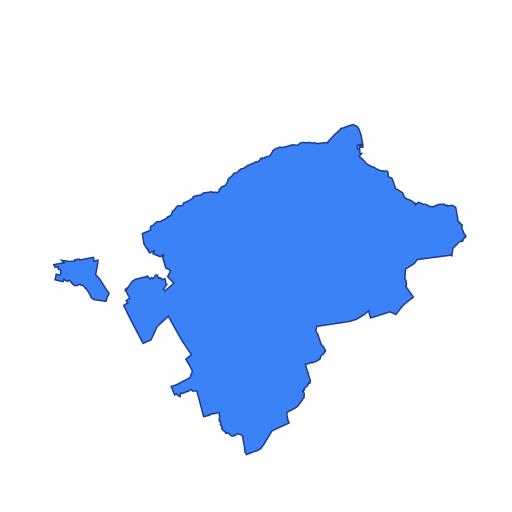 Otumba, México, Mexico (Mercator projection), rotated 307°
{"feature_id": "50627088B37171022679347", "entity_name": "Otumba", "entity_type": "district", "adm_level": 2, "iso_a3": "MEX", "parent_name": "Mexico", "parent_adm1": "México", "projection": "mercator", "projection_center": [-98.764, 19.669], "detail": "fine", "context": "isolated", "style": "filled", "palette": "blue", "viewbox_px": 512, "rotation_deg": 307, "n_neighbors": 0, "source": "geoboundaries", "source_scale": "gbopen_adm2", "svg_char_len": 6147}
<svg xmlns="http://www.w3.org/2000/svg" viewBox="0 0 512 512"><g transform="rotate(307 256 256)"><path d="M409.0,274.5L415.9,267.0L419.4,261.7L420.3,258.6L419.3,254.3L414.1,250.6L410.5,248.5L409.6,247.4L408.6,246.9L408.0,247.3L399.7,245.6L390.7,244.7L389.3,245.2L388.3,243.2L384.7,239.4L383.4,238.3L381.4,234.3L379.7,232.6L379.2,230.8L377.0,228.4L374.6,224.8L372.7,223.4L369.7,222.6L368.7,221.7L367.5,219.3L366.5,218.0L360.2,213.3L358.5,211.6L357.1,209.2L355.5,208.6L355.0,207.9L353.6,207.4L353.0,206.8L351.6,206.4L350.9,206.5L350.0,206.1L349.4,206.5L347.5,206.4L346.3,206.8L343.4,206.5L342.3,205.3L341.0,204.6L340.4,203.8L339.1,203.9L338.2,202.2L337.5,202.2L337.5,201.6L336.9,201.1L336.1,201.4L332.6,200.9L330.4,198.7L329.3,198.5L327.0,197.3L325.9,196.3L323.6,195.3L323.2,194.7L320.7,194.2L320.4,193.9L319.8,193.8L319.4,194.0L316.3,191.5L314.6,191.5L314.5,191.1L314.3,191.3L313.3,190.9L312.3,190.9L310.6,190.2L310.1,190.2L308.9,188.5L306.1,188.7L300.6,187.5L300.1,187.9L296.7,188.9L294.0,189.0L293.3,188.9L290.7,186.9L288.3,187.1L287.3,186.5L285.6,187.6L284.1,187.4L282.6,185.8L282.1,184.4L280.7,183.9L280.7,182.1L274.5,175.9L272.6,175.6L271.0,174.7L268.0,171.8L266.4,171.1L266.0,170.3L265.6,170.1L264.3,170.8L263.6,170.5L259.9,169.2L254.7,166.3L252.0,167.0L249.8,164.8L249.7,164.0L249.2,163.5L246.8,162.9L244.7,163.1L242.0,162.6L240.5,162.6L238.2,163.5L236.3,163.3L234.3,161.9L233.6,162.1L231.6,161.5L225.6,158.7L224.2,156.8L223.3,156.4L222.9,155.9L222.1,155.8L221.7,156.1L220.7,155.6L218.8,155.5L216.8,154.2L214.8,154.6L213.3,156.3L205.5,151.7L198.3,159.1L196.5,163.3L196.3,165.2L196.1,165.1L195.5,166.4L195.8,166.6L194.4,169.1L198.8,171.7L195.8,172.4L197.8,179.9L201.1,181.4L200.2,181.8L199.1,181.8L192.3,190.8L192.0,191.7L193.0,194.6L192.3,196.3L192.4,196.8L186.4,197.8L184.7,206.9L173.3,204.2L174.0,202.0L179.0,201.9L178.7,201.7L182.0,198.4L183.0,196.8L180.5,195.4L181.1,194.1L180.7,192.2L179.5,191.6L180.6,190.0L181.3,188.0L179.4,187.2L177.9,187.9L175.7,186.9L176.0,185.8L173.8,184.9L174.7,181.5L174.5,181.1L172.7,180.7L172.4,179.8L165.0,173.8L161.2,172.4L154.2,172.8L151.6,172.0L151.7,172.9L149.9,172.0L149.9,172.6L146.4,180.6L142.2,179.2L141.2,181.8L136.9,180.1L130.5,192.6L118.2,218.4L125.9,222.6L140.2,219.5L155.1,222.3L144.0,247.4L138.3,263.7L137.3,263.8L135.8,263.0L134.9,263.0L133.0,262.3L131.3,262.2L127.6,271.0L125.7,274.6L119.0,276.4L105.0,269.8L100.8,266.8L96.1,274.6L96.6,274.6L98.1,275.7L97.7,276.2L97.8,279.5L98.0,280.0L98.3,280.0L101.0,278.5L103.1,280.8L106.1,282.3L106.7,283.2L109.5,284.0L110.3,284.8L110.3,285.3L109.9,286.3L110.1,287.0L111.6,288.3L112.3,289.5L112.3,290.4L96.2,310.9L100.2,314.2L100.8,314.6L101.2,314.2L104.8,316.9L104.6,317.2L108.8,320.7L108.0,321.7L106.8,322.5L106.2,323.4L103.8,324.8L103.5,325.5L102.9,325.3L102.4,325.5L102.3,326.1L102.7,326.5L102.6,327.2L101.7,327.6L101.5,328.3L99.8,329.1L98.9,332.1L97.7,332.3L97.2,332.9L96.7,338.4L96.3,338.6L96.5,339.2L97.4,339.7L97.9,340.5L97.5,344.5L98.6,346.3L100.6,347.5L101.7,347.5L102.8,348.4L104.2,351.1L104.0,353.9L100.1,357.7L96.1,362.2L92.9,365.1L91.7,368.0L97.9,371.7L101.8,374.5L105.1,375.7L110.7,375.6L125.2,374.1L126.9,374.4L142.5,382.9L143.9,381.1L143.9,379.8L145.1,379.5L145.6,378.5L146.7,377.6L147.1,376.8L148.8,375.5L149.7,375.1L150.4,375.1L157.4,378.5L161.1,379.7L169.3,379.6L170.6,379.3L172.1,379.6L172.6,378.9L174.6,377.8L175.4,376.9L176.0,375.8L175.9,374.6L176.4,374.4L178.0,375.3L178.7,374.9L178.8,374.4L179.2,374.2L183.6,375.2L185.1,374.7L185.8,375.0L186.4,374.4L186.9,375.5L188.4,374.8L188.8,374.9L193.6,368.2L193.9,368.2L194.2,367.9L194.5,367.0L199.2,360.6L201.0,362.3L202.1,362.7L204.1,364.1L203.9,364.5L205.4,365.9L206.4,366.3L207.3,367.1L211.0,368.7L211.8,369.0L212.2,368.8L212.5,369.1L215.4,368.0L216.8,368.3L217.4,368.8L218.5,368.6L219.1,368.9L219.6,368.9L221.2,368.4L221.9,367.8L221.9,368.5L222.3,368.2L224.3,364.2L224.2,362.6L225.3,360.1L227.8,356.8L229.4,354.1L230.5,353.0L230.4,352.2L231.0,351.6L231.7,349.2L236.3,346.8L260.3,370.3L265.2,373.8L267.5,375.0L274.2,377.6L280.0,379.0L276.7,383.0L275.5,384.9L292.0,396.5L293.5,402.9L304.7,403.1L309.9,404.2L317.8,406.5L322.0,393.7L322.9,393.9L325.6,391.9L326.8,390.1L327.4,388.5L335.8,383.2L336.1,383.5L345.2,386.9L350.3,387.0L373.7,410.9L374.0,412.3L380.7,408.6L386.6,409.5L388.2,409.5L389.7,410.0L391.1,411.1L392.0,411.4L391.9,411.8L392.5,412.1L392.8,412.1L393.2,411.5L394.6,411.2L395.9,411.6L397.4,411.6L397.3,412.0L397.7,411.9L398.3,411.3L399.0,409.8L399.0,408.9L402.0,403.8L404.9,401.9L404.9,398.7L405.3,398.7L405.7,395.7L407.2,394.8L415.1,386.1L414.7,382.6L412.2,379.7L410.8,378.4L411.5,377.9L410.1,375.8L410.7,375.1L409.0,373.3L408.3,372.1L406.7,370.5L404.4,369.4L403.7,368.7L402.2,368.2L400.6,366.0L400.0,364.1L399.6,360.8L398.0,358.8L397.6,356.6L396.7,353.4L396.1,353.0L394.9,353.2L394.5,352.7L392.8,352.7L393.7,351.6L394.0,351.4L393.2,350.1L393.7,349.4L393.6,346.3L392.2,341.8L392.4,338.8L394.7,335.0L394.3,329.4L393.6,327.0L396.9,322.5L399.4,318.7L399.9,317.3L399.0,314.6L399.1,313.8L400.2,312.8L401.3,312.1L402.8,310.1L402.6,309.5L399.0,304.1L398.2,300.8L397.8,297.8L398.1,297.3L397.0,294.8L396.3,290.3L396.3,289.0L396.4,287.5L397.1,285.1L397.7,278.3L401.5,278.7L400.6,277.4L400.7,277.1L404.2,274.1L403.3,273.4L402.5,272.4L403.9,271.1L405.3,270.3L406.6,271.2L404.7,273.4L405.8,273.9L407.2,275.8L407.9,274.6L407.2,273.7L407.5,271.8L408.0,272.1L409.0,274.5ZM127.4,99.7L126.0,102.4L128.4,104.6L126.4,106.3L127.4,107.9L126.4,109.2L124.6,110.5L122.9,111.1L122.5,110.5L121.8,108.3L121.1,107.3L119.4,108.4L116.1,109.8L119.3,117.3L122.0,116.7L121.8,118.3L122.3,120.8L124.5,121.7L124.3,123.1L123.5,124.7L123.7,124.8L123.7,125.3L123.4,126.2L123.7,126.4L123.2,127.4L123.1,128.7L123.9,129.6L124.0,130.3L127.5,132.4L127.3,133.6L128.3,135.2L128.3,136.7L127.7,138.2L127.3,141.6L125.2,146.6L123.5,149.8L123.8,153.2L129.5,163.4L130.7,163.1L133.6,161.8L136.1,161.7L138.3,160.5L138.5,158.4L142.1,148.7L143.3,146.2L144.6,139.2L155.8,133.5L157.6,132.3L154.4,129.8L157.0,126.9L146.8,117.7L147.0,116.4L146.6,116.0L143.9,113.7L143.5,114.4L143.2,114.4L141.6,112.9L138.9,109.7L137.2,106.1L136.6,105.5L135.6,103.5L135.2,106.8L127.4,99.7Z" fill="#3b82f6" stroke="#1e3a8a" stroke-width="1.5"/></g></svg>